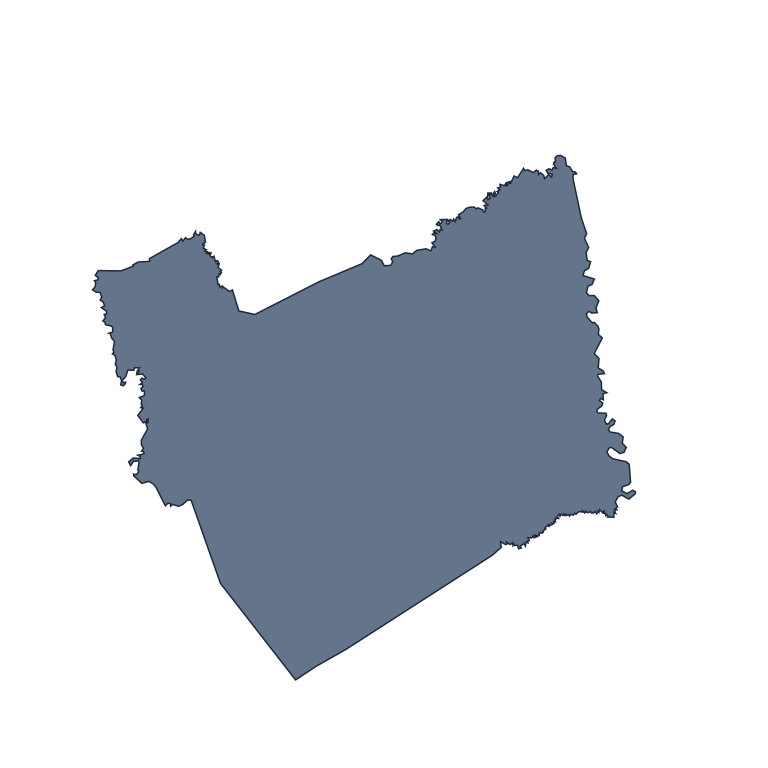 Jayapura, Papua, Indonesia (Mercator projection), rotated 244°
{"feature_id": "22746128B71103770185906", "entity_name": "Jayapura", "entity_type": "district", "adm_level": 2, "iso_a3": "IDN", "parent_name": "Indonesia", "parent_adm1": "Papua", "projection": "mercator", "projection_center": [140.203, -3.036], "detail": "fine", "context": "isolated", "style": "filled", "palette": "slate", "viewbox_px": 768, "rotation_deg": 244, "n_neighbors": 0, "source": "geoboundaries", "source_scale": "gbopen_adm2", "svg_char_len": 6159}
<svg xmlns="http://www.w3.org/2000/svg" viewBox="0 0 768 768"><g transform="rotate(244 384 384)"><path d="M611.2,176.9L608.2,172.1L604.3,173.9L603.1,172.3L603.8,169.0L601.5,169.3L597.9,166.9L596.5,163.3L593.2,165.1L590.5,169.0L585.7,168.3L583.9,165.7L580.7,167.5L576.8,167.2L576.6,163.4L570.9,166.6L568.7,165.3L569.2,163.0L565.7,162.8L563.9,159.0L561.7,160.3L559.4,159.6L555.5,164.5L553.8,164.9L549.6,162.9L550.2,159.1L549.2,160.2L544.5,159.3L540.4,160.5L533.3,155.3L531.1,155.3L530.1,153.1L527.9,154.7L522.8,153.9L519.7,151.2L515.8,151.2L512.6,148.6L507.4,147.9L505.7,150.1L501.9,149.5L498.7,147.0L496.6,148.8L497.7,151.7L498.9,152.6L499.4,150.6L501.7,149.8L503.9,155.3L508.8,159.8L506.0,165.1L507.9,167.1L505.8,171.3L504.6,169.1L502.9,169.5L502.1,168.0L503.5,167.6L500.9,165.7L498.9,171.3L494.0,172.7L493.5,170.4L495.4,169.1L494.5,166.8L491.1,167.5L490.6,164.5L489.6,166.4L487.4,166.5L486.4,163.5L483.7,163.4L482.7,165.5L480.9,164.8L478.6,163.2L479.2,158.2L475.5,159.1L472.0,156.8L470.5,157.4L469.4,154.9L467.9,157.2L463.7,148.9L454.6,150.6L454.2,154.3L456.0,155.0L455.9,156.7L452.6,154.8L454.2,152.9L447.2,151.8L440.0,141.4L436.0,139.4L431.5,139.5L429.8,136.6L428.6,138.4L426.4,137.6L427.9,131.5L425.6,133.3L423.9,132.4L427.4,126.1L426.0,120.4L421.7,120.5L424.7,125.6L423.1,127.0L423.1,129.6L420.9,129.5L414.6,125.0L412.6,125.2L411.1,121.7L412.8,119.4L411.1,118.8L400.8,122.8L399.6,129.9L395.8,132.5L391.6,133.8L370.4,134.1L371.5,137.3L370.3,139.7L367.7,138.7L368.5,141.3L364.2,145.7L363.9,150.2L365.9,156.5L364.0,159.7L276.5,149.6L156.8,174.8L160.0,199.0L162.2,233.8L182.6,406.1L185.8,417.8L191.2,419.7L186.5,422.8L186.2,424.4L188.1,424.8L184.3,427.1L184.9,429.9L182.5,429.2L183.9,430.9L181.9,430.1L180.5,433.2L176.9,432.8L176.4,435.5L178.6,435.3L179.2,439.8L176.4,440.0L179.7,442.5L178.1,443.8L180.0,444.3L179.5,446.0L182.8,446.0L180.9,449.2L181.9,451.0L180.1,451.3L180.6,453.4L182.2,452.8L181.1,454.8L179.7,453.7L179.8,457.2L182.5,458.4L180.6,460.7L181.6,461.9L180.3,462.2L182.2,462.3L182.7,465.9L184.0,465.5L185.1,468.4L183.7,469.9L185.6,470.3L184.1,471.4L184.0,473.9L185.2,473.7L184.2,475.7L185.9,476.4L185.0,477.8L186.9,478.0L187.5,480.2L188.8,478.7L186.7,481.9L189.1,481.7L190.0,484.4L188.0,484.2L189.4,486.1L187.5,487.1L188.4,488.6L186.9,488.5L187.3,490.3L185.9,489.9L185.6,492.7L183.9,492.9L185.0,494.3L183.2,496.7L184.3,498.6L182.8,499.4L183.9,503.0L181.9,506.4L183.7,506.8L180.1,507.8L181.8,510.3L180.3,509.5L178.8,511.0L178.9,513.9L177.5,513.6L176.2,515.7L177.0,518.0L174.2,518.1L175.0,520.2L176.8,520.5L174.5,521.0L176.6,522.7L171.6,524.4L171.3,525.8L173.0,525.1L173.5,526.3L168.6,525.6L169.3,526.8L167.3,527.4L166.5,526.5L163.5,532.2L167.8,534.5L166.2,535.5L168.5,535.7L169.4,537.3L168.3,538.8L170.4,536.5L171.1,540.1L176.6,540.1L180.1,545.0L179.8,549.1L173.2,553.6L175.2,561.8L176.9,562.8L179.5,561.0L178.9,554.4L183.7,550.9L187.1,553.2L186.3,559.9L187.5,562.5L204.3,569.2L208.0,567.6L216.3,557.1L221.1,554.6L225.4,554.8L227.9,558.6L227.2,560.7L218.0,565.6L217.4,569.8L220.8,574.0L226.3,572.2L231.6,575.8L236.7,573.3L241.8,566.1L244.7,565.7L246.6,568.6L246.9,572.9L249.6,575.6L252.6,573.8L249.9,568.6L250.4,566.3L254.7,566.2L258.5,570.5L260.4,570.7L264.1,563.8L265.8,563.1L267.8,564.8L268.8,570.1L270.9,572.3L274.8,570.4L276.1,572.4L273.6,574.2L279.1,576.5L278.6,580.4L283.5,577.1L290.5,580.2L297.7,579.4L298.9,580.5L296.7,586.7L299.5,586.8L304.5,583.6L312.7,588.4L319.2,586.3L329.7,600.4L334.7,598.4L339.5,601.4L342.4,601.6L347.4,599.9L347.4,598.4L349.8,597.3L355.7,595.9L358.6,596.9L359.4,600.2L356.8,601.7L354.6,607.0L359.3,607.8L364.7,613.6L371.4,611.7L373.4,607.3L377.1,605.9L382.6,610.2L382.2,614.6L386.1,619.1L394.3,610.4L398.0,613.9L398.2,618.6L403.3,623.3L406.1,620.8L413.5,623.3L417.0,627.8L427.0,628.0L430.4,632.1L446.5,634.1L486.5,644.1L489.4,646.1L488.4,649.2L490.6,649.0L492.4,646.5L497.8,646.2L500.1,643.7L507.6,645.9L512.1,642.9L513.2,640.0L512.5,637.1L508.3,635.4L508.9,634.3L507.4,632.7L502.3,633.5L504.3,631.0L502.6,628.7L505.1,626.8L505.0,623.4L501.6,623.6L498.9,627.2L496.4,625.3L500.0,623.7L498.2,618.3L501.6,619.0L505.2,617.3L504.6,614.8L507.6,616.1L509.5,614.7L508.6,610.8L513.4,607.3L514.2,604.0L516.7,604.0L510.9,594.5L513.9,592.1L508.9,585.8L509.3,584.5L510.8,585.8L511.3,582.2L509.0,582.5L508.2,581.3L510.5,580.8L509.5,579.2L512.6,575.7L509.9,574.9L510.4,572.1L507.7,573.1L507.5,570.1L506.0,570.8L503.8,566.2L504.7,564.6L506.3,567.6L508.4,567.9L506.3,564.0L508.7,564.2L510.1,560.9L508.5,560.1L508.3,563.4L507.1,560.8L504.5,561.2L504.2,558.3L507.2,559.1L505.3,553.3L499.6,556.0L500.6,552.2L497.2,553.5L497.6,552.0L494.6,550.6L495.1,548.9L497.2,549.1L501.1,545.7L501.1,543.7L503.5,542.6L505.4,538.3L505.8,534.5L503.9,530.5L503.6,525.2L499.1,525.4L499.5,523.9L501.6,524.6L501.9,522.3L498.7,519.1L501.7,518.9L500.3,517.0L503.0,515.6L502.6,512.9L500.6,514.2L499.4,511.6L500.9,510.6L504.2,513.0L507.0,506.8L504.3,507.6L503.5,506.0L503.6,504.7L505.9,504.5L504.6,501.1L502.8,501.8L502.3,503.9L497.0,503.6L498.2,502.1L496.5,500.4L499.6,499.3L499.7,495.6L496.3,497.1L497.9,494.9L497.1,493.0L495.2,494.9L492.5,494.9L489.8,492.1L490.0,489.0L484.6,489.9L486.1,487.7L483.1,484.5L487.1,481.1L489.8,471.8L488.4,466.8L492.6,460.6L493.0,452.4L494.7,447.9L493.3,445.3L490.2,445.5L487.7,442.2L488.4,440.1L490.3,436.0L496.4,435.9L505.9,428.6L501.8,417.0L504.4,370.5L503.1,298.4L513.3,285.6L535.0,289.0L535.0,285.5L541.7,282.1L541.2,280.7L543.1,281.4L543.2,278.9L545.9,279.6L546.1,278.4L553.7,280.8L552.7,282.5L555.1,283.7L554.1,284.7L555.5,286.7L556.8,286.0L557.3,287.8L561.6,286.0L563.6,287.6L564.8,286.9L563.8,289.1L565.2,287.8L566.1,288.8L568.1,288.2L567.9,286.2L573.4,287.1L572.8,285.5L574.2,285.4L573.1,284.9L575.5,283.8L577.5,286.0L578.8,284.5L577.5,284.3L577.8,282.9L579.1,283.6L579.4,282.0L580.0,283.0L581.0,283.2L580.0,282.5L582.1,281.3L582.4,283.2L585.5,281.2L587.5,283.6L588.4,282.2L589.2,282.3L589.6,285.7L596.4,287.7L600.9,285.3L598.7,283.4L599.4,282.3L601.9,280.7L603.7,281.5L601.6,278.3L600.1,278.5L599.3,273.8L600.3,270.9L602.5,269.8L600.6,265.9L603.5,265.6L601.5,261.2L599.5,228.1L596.9,227.3L601.4,216.4L601.1,210.4L599.8,210.4L600.9,197.3L611.2,176.9Z" fill="#64748b" stroke="#1e293b" stroke-width="1.5"/></g></svg>